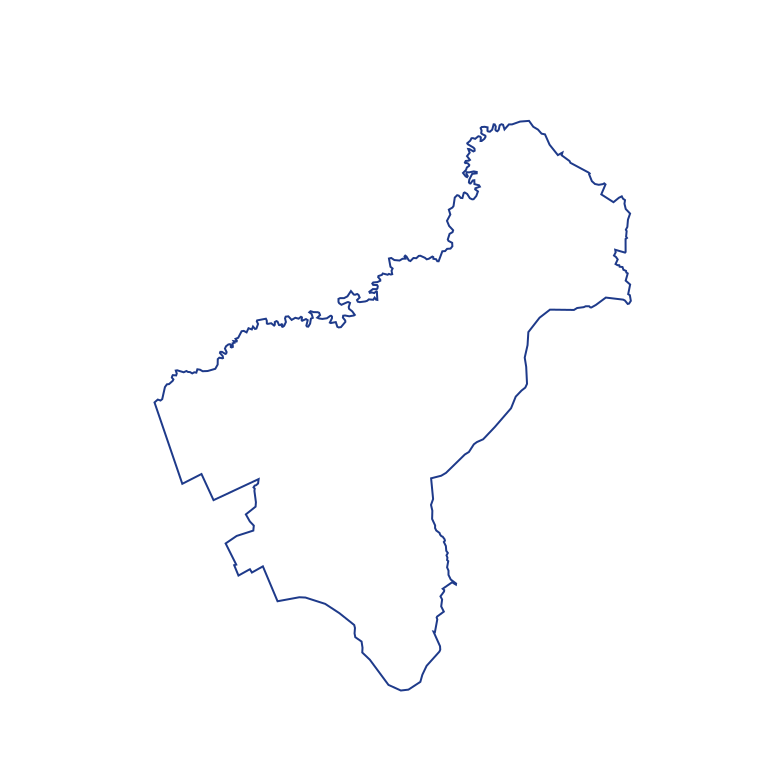 the district of Carand, Arad, Romania, rotated 105°
{"feature_id": "2599482B38117953708036", "entity_name": "Carand", "entity_type": "district", "adm_level": 2, "iso_a3": "ROU", "parent_name": "Romania", "parent_adm1": "Arad", "projection": "albers", "projection_center": [22.035, 46.447], "detail": "fine", "context": "isolated", "style": "outline", "palette": "blue", "viewbox_px": 768, "rotation_deg": 105, "n_neighbors": 0, "source": "geoboundaries", "source_scale": "gbopen_adm2", "svg_char_len": 6150}
<svg xmlns="http://www.w3.org/2000/svg" viewBox="0 0 768 768"><g transform="rotate(105 384 384)"><path d="M461.2,600.9L532.6,553.0L518.2,537.0L540.3,518.6L508.3,480.5L512.7,479.9L514.8,481.3L515.6,482.6L517.6,483.3L518.5,481.8L520.8,481.5L531.4,477.1L535.7,476.3L545.7,483.7L551.5,478.0L554.5,473.1L559.4,472.3L568.9,487.0L579.0,495.7L596.7,480.0L597.8,481.8L606.7,475.0L597.6,465.6L600.3,462.8L591.5,453.8L621.4,430.6L611.9,410.6L610.6,404.6L611.6,383.9L616.9,367.8L624.5,350.4L627.2,348.9L632.5,347.9L636.0,346.2L638.6,339.0L644.3,336.5L649.0,335.5L654.0,326.3L673.5,301.8L675.7,288.4L672.9,281.3L662.3,271.8L654.9,271.7L645.2,269.9L628.1,261.2L626.1,260.9L622.8,262.0L610.4,272.1L610.4,270.6L597.6,271.6L596.0,272.7L594.9,272.5L588.4,267.3L584.0,271.2L577.1,272.1L574.5,274.5L568.9,272.3L567.5,272.5L566.6,274.3L557.9,266.9L559.2,262.6L558.1,262.7L555.6,268.9L551.7,272.3L547.6,273.4L544.8,275.6L538.5,276.1L537.7,277.5L535.3,277.8L533.3,279.3L530.7,278.6L529.0,280.7L524.5,282.3L521.1,285.3L519.6,284.6L518.3,285.3L516.3,287.8L516.1,289.2L515.0,290.8L513.5,291.8L512.0,295.6L509.9,297.4L507.4,298.0L501.9,302.6L493.9,304.5L488.6,307.3L482.4,306.8L462.9,314.1L457.8,305.0L453.8,301.1L431.2,287.7L427.7,284.4L419.0,281.6L416.1,279.3L411.7,273.9L396.8,265.8L374.5,255.0L362.1,253.5L354.8,249.5L350.9,246.6L346.8,245.9L330.6,251.1L322.1,254.9L309.3,255.4L296.5,258.0L279.7,250.9L269.2,242.9L263.3,219.7L260.6,217.1L258.1,211.0L256.7,209.3L255.8,206.0L256.6,204.5L256.4,203.5L252.8,199.8L243.1,192.1L240.6,174.8L241.0,172.9L243.6,169.3L242.9,168.1L239.8,167.1L234.6,169.5L234.0,171.4L224.2,172.0L221.6,177.3L214.1,177.2L213.6,178.8L212.1,179.5L211.7,182.3L209.3,183.9L209.7,186.8L208.4,187.5L208.8,189.2L208.2,191.4L203.2,190.5L201.3,192.8L200.4,195.1L196.9,194.3L194.5,195.4L194.7,185.2L193.9,184.8L181.4,188.2L180.0,187.1L179.0,188.3L173.5,189.2L172.4,190.3L169.3,189.6L162.1,190.9L155.7,190.4L152.4,195.8L147.6,198.4L144.0,198.8L143.1,201.2L141.2,202.9L143.3,205.3L149.0,209.4L144.6,223.2L133.9,221.7L133.2,223.2L134.3,224.3L136.0,228.1L136.2,232.0L134.3,235.7L128.3,240.2L127.4,239.8L126.8,241.1L122.1,261.2L120.6,262.5L117.1,271.6L114.3,271.6L117.9,275.3L110.0,286.0L101.2,293.1L101.4,296.6L98.4,301.1L96.9,306.4L92.3,312.0L95.3,320.5L100.1,327.5L100.9,330.5L106.9,333.5L102.8,336.1L102.7,337.8L104.1,339.2L108.7,339.0L110.5,339.9L110.4,341.1L109.6,342.2L106.3,342.7L104.6,344.3L104.8,345.3L110.3,345.3L112.9,347.0L113.1,348.9L112.7,349.6L109.3,350.4L109.5,353.3L110.5,356.1L111.8,356.9L114.0,355.3L116.4,355.1L117.2,353.9L117.9,350.4L119.0,349.9L121.2,350.5L124.0,352.6L124.3,353.6L120.7,354.3L120.2,355.3L120.3,357.0L123.6,359.4L123.5,361.8L124.0,363.1L126.7,363.7L129.9,365.9L130.7,365.2L132.5,358.8L133.3,357.5L135.2,356.8L136.2,357.8L135.0,362.2L135.2,363.5L138.4,361.1L142.4,362.8L145.3,359.0L146.3,359.9L147.4,362.8L149.1,363.2L149.6,362.6L149.1,361.2L149.3,359.9L150.4,358.3L151.5,358.4L153.4,360.0L156.0,360.2L159.7,362.3L162.3,358.9L162.7,357.3L161.5,356.9L159.5,358.9L158.0,359.0L157.6,356.7L155.4,352.3L155.2,349.3L156.5,349.0L158.2,353.2L164.4,354.5L167.2,354.2L168.0,353.3L167.9,352.3L164.4,350.9L163.8,349.5L167.5,348.4L167.5,343.6L168.6,342.5L171.3,346.4L172.4,346.3L173.7,343.1L178.5,343.5L182.3,345.3L182.8,346.6L182.3,349.2L178.9,352.8L178.1,355.6L178.8,356.4L184.1,356.4L184.4,358.0L182.7,360.5L182.7,362.2L185.6,363.9L194.1,362.9L195.9,363.6L198.8,366.5L203.1,363.8L210.1,365.4L214.5,362.0L217.6,357.0L219.6,357.1L222.0,359.5L227.9,359.8L229.1,358.7L230.0,354.7L233.3,353.6L236.0,354.8L237.1,358.0L239.8,359.4L240.7,362.0L251.3,363.0L251.6,364.3L250.0,366.0L250.3,368.7L248.6,369.3L248.4,370.3L251.4,373.1L252.5,375.0L251.5,377.2L250.7,382.1L251.3,383.6L254.1,385.3L254.7,388.2L258.4,390.3L258.2,392.0L255.1,395.2L254.5,396.7L255.5,397.2L257.4,395.8L258.2,398.5L260.7,400.9L261.6,406.1L260.4,409.6L261.5,411.7L269.1,408.1L270.2,405.6L272.7,406.0L275.8,404.5L276.5,405.7L276.4,407.8L277.5,408.7L277.6,413.8L279.2,414.3L281.1,417.3L282.3,417.3L284.2,414.6L285.2,414.3L287.3,416.8L288.7,420.7L290.0,421.3L291.1,420.1L290.2,416.3L291.2,415.3L293.4,415.1L294.3,415.6L295.2,419.3L298.7,422.0L299.6,421.3L298.7,419.2L298.7,417.0L296.6,415.5L296.6,414.8L304.5,412.2L304.6,413.5L303.0,415.4L305.4,416.2L306.2,420.6L308.0,421.8L309.1,423.5L311.2,428.6L311.3,430.6L309.9,431.8L306.8,429.9L304.5,431.7L304.0,433.2L305.3,435.1L305.4,436.4L302.8,440.0L308.8,442.0L311.4,444.8L312.4,448.6L313.6,450.0L316.5,449.2L317.6,448.2L318.5,445.6L314.4,440.5L314.1,439.4L314.5,437.8L318.8,438.0L320.4,437.2L322.1,433.4L324.8,430.1L325.6,430.8L327.6,435.1L327.9,439.4L328.6,441.1L330.5,440.9L332.7,437.9L334.0,437.4L340.2,440.3L341.1,442.4L340.8,443.9L336.7,446.6L338.9,451.2L338.7,452.2L334.1,451.3L332.5,451.6L331.8,452.5L332.0,453.4L335.3,456.2L337.1,460.4L337.5,463.6L337.2,465.6L334.0,463.6L332.0,465.1L331.8,466.6L332.8,470.6L332.7,473.8L334.1,474.7L335.1,472.0L338.5,469.9L339.8,471.5L344.8,471.0L348.2,472.0L348.4,473.3L347.7,474.1L342.1,474.2L341.5,476.2L344.1,479.4L343.6,480.1L340.9,480.5L340.6,481.6L343.0,483.4L343.0,486.8L346.0,489.8L343.4,493.9L344.4,496.4L346.2,496.6L349.5,494.8L353.6,495.5L355.0,496.6L354.9,497.4L352.8,497.7L352.8,498.5L354.1,499.6L354.2,500.7L351.3,503.0L351.1,504.2L352.4,505.5L355.1,504.8L356.0,505.3L354.5,508.7L356.0,511.8L355.9,512.8L353.0,513.7L351.5,515.0L355.4,523.0L356.4,523.1L358.6,521.2L363.5,521.6L364.2,522.8L362.4,525.4L365.5,525.8L365.2,529.3L369.7,530.1L369.0,533.2L369.9,535.2L377.1,536.8L378.8,539.1L380.4,537.3L381.1,537.4L381.5,540.4L382.8,539.1L383.9,540.8L387.3,539.6L388.1,540.6L388.0,541.5L385.8,542.2L385.4,543.1L386.1,544.6L388.5,546.4L391.0,546.8L393.9,544.3L395.4,544.3L396.0,545.1L394.9,548.8L395.3,550.4L396.5,550.5L398.8,547.0L400.6,546.2L401.0,546.7L401.2,549.9L403.0,551.0L408.3,549.7L413.0,550.9L417.1,557.7L418.6,562.5L417.8,565.4L418.1,568.1L421.6,568.2L421.8,570.3L423.4,572.0L422.7,574.4L423.1,576.5L422.6,578.2L424.5,580.5L424.3,587.3L424.9,588.6L427.5,586.9L429.5,587.0L430.1,590.3L431.3,590.6L432.7,590.6L434.1,588.6L435.6,588.9L439.7,591.6L440.5,593.6L443.7,594.8L456.0,594.3L457.8,595.6L457.6,598.5L461.2,600.9Z" fill="none" stroke="#1e3a8a" stroke-width="2"/></g></svg>